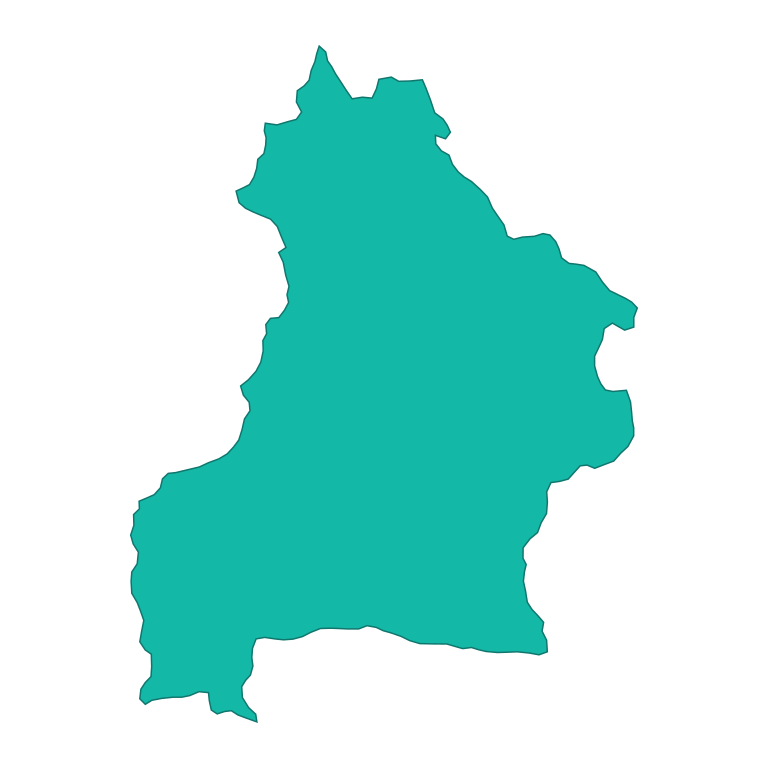 outline of Itutinga, Minas Gerais, Brazil
{"feature_id": "56859067B50516220811290", "entity_name": "Itutinga", "entity_type": "district", "adm_level": 2, "iso_a3": "BRA", "parent_name": "Brazil", "parent_adm1": "Minas Gerais", "projection": "orthographic", "projection_center": [-44.715, -21.34], "detail": "fine", "context": "isolated", "style": "filled", "palette": "teal", "viewbox_px": 768, "rotation_deg": 0, "n_neighbors": 0, "source": "geoboundaries", "source_scale": "gbopen_adm2", "svg_char_len": 3097}
<svg xmlns="http://www.w3.org/2000/svg" viewBox="0 0 768 768"><path d="M626.4,390.3L612.8,391.5L605.4,390.0L600.8,383.8L597.6,376.8L594.6,365.9L594.6,356.2L598.7,347.6L602.4,339.5L604.2,328.6L612.4,323.1L624.6,330.1L633.8,327.1L633.8,317.4L637.3,308.0L631.7,302.1L625.5,298.4L618.3,294.9L609.6,290.6L602.4,282.0L595.8,272.0L584.0,265.4L576.4,264.2L569.0,263.4L561.6,257.9L558.9,248.6L555.7,241.6L549.9,235.0L543.0,233.6L534.4,236.3L522.4,237.1L513.8,239.3L507.2,236.1L504.0,225.0L497.5,215.7L492.4,208.2L487.5,197.0L480.4,189.6L471.6,181.6L464.0,176.9L458.2,171.9L452.4,164.3L449.0,155.1L441.4,150.9L435.8,143.8L435.4,135.3L445.5,138.8L450.4,132.3L447.2,125.2L443.0,119.0L434.7,112.8L430.6,100.4L425.9,88.0L422.4,79.8L410.0,81.0L398.7,81.3L391.3,77.1L378.9,79.3L376.5,88.7L372.1,98.1L362.4,97.2L352.1,98.8L346.3,90.4L340.2,81.0L335.6,74.0L331.6,66.6L327.6,60.9L325.7,52.0L319.2,46.1L316.7,53.8L314.9,61.7L311.2,70.4L309.1,80.3L304.0,86.0L297.3,90.7L296.4,102.0L301.6,112.0L296.4,119.4L287.4,121.8L277.0,124.9L265.3,123.2L264.3,130.8L266.1,137.7L265.7,145.0L263.9,153.6L257.8,159.3L256.7,168.3L253.9,177.2L249.5,184.6L242.6,188.1L236.1,191.1L239.1,202.7L245.6,208.3L252.8,211.8L261.1,215.3L270.5,219.1L277.3,226.5L281.6,237.3L286.0,247.5L278.7,252.5L283.2,262.1L285.7,275.0L289.0,286.3L287.0,294.8L288.6,302.5L284.5,310.2L278.8,317.6L270.4,318.4L265.8,324.6L266.6,333.7L262.9,340.6L263.2,351.0L260.8,362.2L256.0,371.3L248.4,379.8L240.6,386.0L243.4,395.2L249.2,402.3L250.0,410.8L244.5,418.9L242.0,429.8L238.8,440.0L233.7,446.9L227.2,453.9L218.8,458.9L208.3,462.8L199.3,467.0L187.1,469.9L175.8,472.6L168.2,473.4L162.5,478.8L160.4,487.8L154.2,494.7L146.3,498.2L139.1,501.2L139.4,508.9L133.6,514.5L133.9,525.3L130.7,535.1L133.2,543.9L138.4,552.2L137.2,563.8L131.8,572.0L131.1,581.2L131.8,593.3L137.2,602.5L140.4,610.7L143.8,620.4L141.7,631.0L139.8,641.8L145.2,649.9L151.3,654.2L151.7,666.6L151.0,676.6L145.3,682.5L140.9,689.2L139.8,698.8L145.3,704.3L151.8,700.3L161.6,698.4L173.1,697.2L181.7,697.2L189.7,695.6L199.0,691.7L208.5,692.6L209.3,700.6L211.3,710.0L217.2,713.9L224.6,711.5L231.3,710.7L238.0,715.0L246.3,718.1L256.9,721.9L255.7,714.2L248.6,707.6L242.4,697.6L241.7,686.7L245.7,680.2L250.4,675.1L252.9,666.1L251.8,657.5L252.5,648.3L256.1,638.9L264.7,637.4L274.9,638.9L283.6,639.8L293.0,639.1L302.4,636.6L310.6,632.4L320.4,628.5L330.6,628.2L338.7,628.5L347.0,628.9L358.7,628.9L367.0,625.7L376.3,627.4L383.2,630.7L390.4,632.7L400.9,636.3L409.7,640.6L419.8,643.6L433.7,643.9L446.8,644.0L454.7,646.3L462.7,648.6L471.4,647.5L478.9,649.8L486.2,651.5L497.5,652.5L507.0,652.2L517.2,651.8L529.1,653.0L539.0,654.8L547.3,651.8L546.6,640.2L542.1,631.2L543.6,622.3L537.9,615.7L532.0,609.5L527.3,602.2L525.5,590.9L523.4,581.2L524.5,571.5L526.2,564.5L523.0,558.3L523.1,547.8L530.0,538.8L537.5,532.6L541.2,522.7L546.5,513.6L547.4,502.1L546.7,491.8L550.9,482.6L559.6,481.4L568.2,479.1L574.4,472.2L580.2,465.8L587.1,465.1L594.7,468.3L603.7,464.8L613.8,461.0L620.7,453.2L627.9,446.5L633.7,435.8L633.7,427.9L632.3,420.7L631.6,412.1L630.5,401.9L626.4,390.3Z" fill="#14b8a6" stroke="#0f766e" stroke-width="1.5"/></svg>